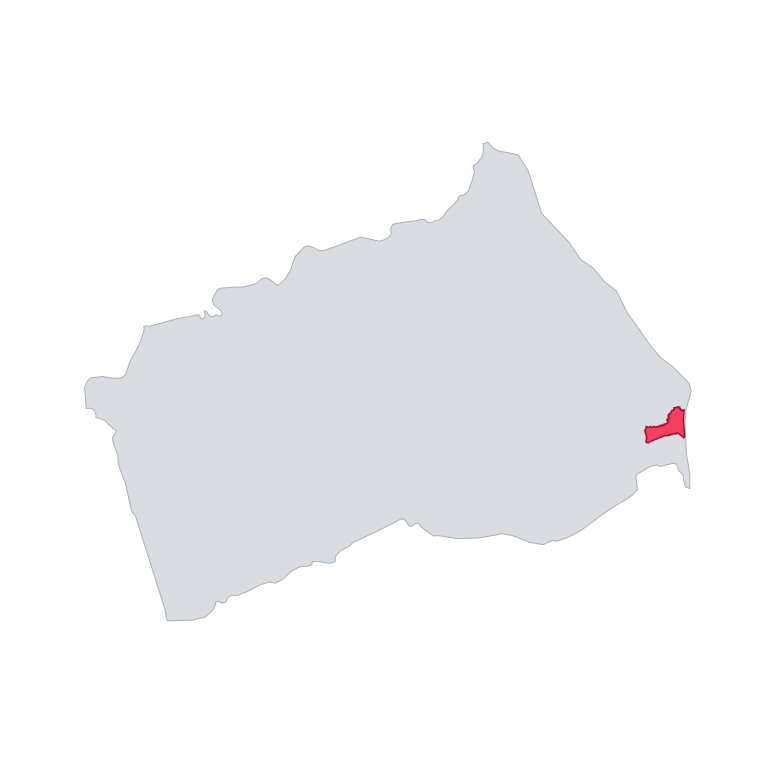 location of Ellembelle, Western, Ghana, rotated 253°
{"feature_id": "2480657B39512912083476", "entity_name": "Ellembelle", "entity_type": "district", "adm_level": 2, "iso_a3": "GHA", "parent_name": "Ghana", "parent_adm1": "Western", "projection": "orthographic", "projection_center": [-2.331, 5.15], "detail": "fine", "context": "in_parent", "style": "filled", "palette": "rose", "viewbox_px": 768, "rotation_deg": 253, "n_neighbors": 0, "source": "geoboundaries", "source_scale": "gbopen_adm2", "svg_char_len": 7114}
<svg xmlns="http://www.w3.org/2000/svg" viewBox="0 0 768 768"><g transform="rotate(253 384 384)"><path d="M468.4,96.7L474.2,102.1L475.5,105.2L473.5,117.0L469.3,125.3L466.7,133.0L467.1,136.9L469.7,140.7L478.5,146.7L483.0,150.7L488.3,156.6L494.4,162.4L504.9,170.0L509.3,171.3L509.1,173.5L507.7,176.4L507.0,204.7L506.2,212.0L505.5,215.7L504.6,226.3L503.5,227.8L501.5,227.7L499.7,228.1L499.3,230.2L500.1,232.4L506.4,233.9L505.0,235.5L500.3,237.0L498.2,240.2L499.2,243.8L496.6,246.7L497.4,248.7L499.0,250.1L501.7,249.6L509.0,244.7L512.1,244.1L515.9,245.1L523.0,252.5L523.3,256.2L520.5,268.7L517.8,278.4L517.4,291.2L520.4,298.4L520.0,302.4L516.8,305.8L509.6,310.8L510.2,314.2L513.6,320.5L519.7,327.5L531.8,336.2L538.2,347.5L538.4,352.1L534.7,356.8L530.4,360.8L529.1,366.6L531.3,404.7L521.9,421.3L521.8,426.0L522.8,431.5L525.3,434.8L530.2,435.7L534.2,438.8L532.9,450.4L530.8,462.3L530.5,468.0L529.4,470.8L525.7,473.0L524.3,476.7L525.3,481.3L524.6,484.7L526.7,489.2L531.0,494.6L538.1,508.3L540.7,509.3L541.9,512.2L541.2,515.0L543.9,521.0L551.7,527.0L559.9,532.2L566.5,533.0L568.1,537.7L572.4,543.7L575.6,546.3L580.6,548.0L584.7,548.9L584.9,553.9L577.6,557.4L572.6,562.7L568.8,570.7L563.6,579.5L545.4,584.2L538.4,584.3L501.0,584.6L466.0,602.0L445.9,608.3L433.5,618.0L416.8,625.0L405.2,633.4L381.0,637.5L341.2,650.7L328.8,656.0L316.2,665.1L295.8,675.9L287.7,675.8L271.7,665.7L259.6,660.7L230.2,653.0L208.2,650.0L197.6,646.7L194.6,646.1L197.1,642.5L203.3,642.3L209.7,643.4L214.6,640.6L221.8,640.3L223.6,637.4L224.2,630.1L224.1,624.3L226.7,621.7L227.3,614.8L223.8,599.5L221.3,597.7L208.5,595.5L207.5,592.5L205.2,589.3L202.8,581.4L200.0,569.7L195.5,555.1L186.9,531.1L184.8,522.7L183.4,514.0L183.1,503.7L184.9,499.9L184.6,494.6L183.8,489.3L189.9,477.1L201.8,462.1L204.3,456.8L206.5,453.0L206.8,447.6L209.0,430.2L214.7,409.2L218.3,401.3L220.7,397.0L223.6,390.0L224.3,386.7L235.3,378.5L240.3,376.3L241.4,373.0L239.7,369.5L240.5,367.1L243.1,365.9L247.1,364.9L250.0,361.5L245.4,335.6L241.7,309.8L241.5,307.6L239.3,304.0L237.1,293.4L233.5,287.1L228.3,285.3L228.4,279.4L233.5,269.5L234.9,263.7L232.4,261.9L232.1,257.4L233.8,250.1L233.0,245.6L232.0,240.8L226.7,229.5L225.4,221.5L228.2,216.8L228.1,206.6L225.2,190.8L224.7,180.9L226.7,176.7L225.8,172.8L221.9,169.0L221.6,165.4L224.9,161.8L224.5,159.1L220.4,157.0L216.7,152.2L213.4,144.5L214.1,132.2L220.3,109.5L221.1,107.6L228.1,107.8L228.1,108.7L249.9,108.5L274.7,108.3L304.4,108.0L331.3,107.7L332.5,106.7L337.0,105.4L364.2,107.7L381.3,106.5L388.5,107.2L393.8,108.8L405.5,107.8L411.8,108.3L416.6,114.0L418.5,113.9L421.1,111.5L425.8,108.8L430.6,106.6L434.0,102.2L436.0,98.8L439.2,99.5L443.6,99.3L446.6,96.4L447.7,92.1L468.4,96.7Z" fill="#d9dde1" stroke="#a8b0b8" stroke-width="1"/><path d="M250.9,619.9L252.0,631.6L252.6,637.5L252.3,637.8L252.0,639.4L251.6,640.6L251.7,640.9L251.6,641.0L251.7,641.3L251.8,641.4L251.8,641.5L251.6,641.6L251.5,641.8L251.5,642.0L251.8,642.3L251.8,642.5L251.9,642.9L251.8,643.1L252.4,643.2L252.4,643.4L252.2,643.6L252.2,643.8L251.8,643.9L251.8,644.0L251.7,644.4L251.5,644.8L251.7,645.1L251.6,645.3L251.7,645.5L251.6,645.8L251.6,646.1L252.0,646.4L250.8,648.3L250.8,649.1L251.6,649.4L251.5,649.7L251.6,649.9L251.6,650.2L251.1,650.7L250.9,650.8L249.5,651.9L248.6,652.5L245.9,654.6L245.7,654.6L245.4,654.6L244.8,654.9L245.0,655.4L245.4,655.6L245.6,655.9L249.3,656.9L255.3,658.2L260.2,659.4L260.7,659.5L260.8,659.5L260.9,659.4L261.0,659.4L261.2,659.6L262.7,660.1L265.4,661.0L269.6,662.7L271.1,663.4L271.4,663.4L271.4,663.1L271.5,662.9L271.4,662.7L271.4,662.4L271.6,662.2L271.4,662.1L271.0,662.2L270.9,662.1L271.0,661.9L271.3,661.7L271.2,661.3L271.3,661.2L271.8,660.9L272.3,660.3L272.4,660.2L273.0,660.3L273.2,660.5L273.4,660.5L273.6,660.4L273.7,660.1L273.7,659.7L274.0,659.6L274.4,659.5L274.7,659.8L274.8,659.8L274.6,659.0L274.8,659.0L275.4,659.4L275.6,659.7L275.8,659.3L276.2,659.0L276.4,658.1L276.3,657.9L276.3,657.6L276.2,657.4L276.0,657.0L276.0,656.8L276.1,656.4L276.1,656.1L276.2,655.9L276.2,655.7L276.3,655.2L276.4,654.9L276.5,654.3L276.3,654.1L275.9,654.2L275.0,653.8L274.6,653.8L274.2,653.5L274.4,653.1L274.4,652.7L274.5,652.2L274.5,651.8L274.3,651.5L274.3,651.2L273.9,651.2L273.7,651.1L273.6,650.8L273.6,650.6L273.5,650.4L273.1,650.2L272.8,649.9L272.6,649.9L272.5,649.7L272.3,649.6L272.2,649.3L272.4,649.3L272.4,649.2L272.4,648.7L272.3,648.3L272.2,648.2L272.1,648.3L272.1,648.2L271.9,648.0L271.6,647.6L271.5,647.2L271.2,647.3L271.3,647.6L271.1,647.7L270.6,647.3L270.5,647.1L270.4,647.0L270.4,646.8L270.5,646.6L270.3,646.6L270.2,646.5L269.5,646.6L269.4,646.2L269.2,646.2L268.9,646.1L268.7,646.1L268.4,646.0L268.2,646.1L268.1,646.3L267.9,646.3L268.1,646.4L268.1,646.5L267.9,646.5L267.7,646.1L267.4,646.0L267.4,645.7L267.5,645.5L267.5,645.4L267.4,645.1L267.7,645.0L267.7,644.9L267.7,644.7L267.6,644.4L267.2,644.2L266.9,644.1L266.7,644.0L266.4,644.2L266.3,644.6L266.0,644.8L266.0,644.6L265.8,644.6L265.7,644.6L265.4,644.6L265.1,644.5L265.1,644.4L264.8,644.3L265.0,644.2L264.9,644.2L264.7,644.0L264.4,644.1L264.2,643.9L263.9,643.8L263.6,643.6L263.6,643.4L263.6,643.2L263.7,642.9L263.7,642.7L263.4,642.4L263.3,642.1L263.6,641.7L263.6,641.4L263.6,641.2L263.4,640.9L263.5,640.8L263.6,640.6L263.5,640.4L263.6,640.2L263.5,639.9L263.1,639.9L263.0,639.7L263.3,639.6L263.1,639.4L262.8,639.6L262.8,639.2L262.6,639.2L262.5,638.8L262.6,638.7L262.8,638.5L262.7,638.5L262.7,638.4L262.8,638.1L262.8,637.9L263.0,637.7L262.9,637.7L262.9,637.8L262.9,637.6L263.0,637.5L263.0,637.3L263.1,637.2L263.2,637.3L263.2,637.2L263.3,637.1L263.3,636.9L263.3,636.7L263.0,636.6L263.0,636.4L263.1,636.2L263.4,636.1L263.5,635.9L263.4,635.8L263.0,635.6L263.2,635.4L263.3,635.3L263.3,635.0L263.2,635.0L263.2,634.7L263.3,634.5L263.2,634.4L263.3,634.1L263.2,634.1L263.1,633.9L263.0,634.0L263.0,633.9L263.0,634.0L262.8,633.9L262.9,633.7L263.0,633.7L263.0,633.4L263.1,633.1L262.9,633.2L263.1,632.1L263.6,630.4L263.9,630.5L264.0,630.3L264.0,629.9L264.2,629.7L264.3,629.8L264.5,629.5L264.7,629.3L264.7,629.1L264.4,628.7L264.4,628.4L264.2,628.0L264.2,627.9L264.2,627.7L264.1,627.2L264.6,626.9L264.4,626.8L264.4,626.6L264.5,626.5L264.5,626.3L264.6,626.1L264.9,626.1L265.0,626.0L265.4,626.1L265.3,625.8L265.1,625.8L265.0,625.5L265.0,625.0L265.1,624.7L265.3,624.4L265.4,624.2L265.7,623.8L265.6,623.7L265.9,623.6L266.1,623.3L266.0,623.1L266.1,622.9L266.2,622.7L266.3,622.5L266.4,622.4L266.1,622.4L266.0,622.2L265.9,622.2L265.8,622.4L265.6,622.5L265.5,622.4L265.3,622.3L265.2,622.1L265.3,622.0L265.3,621.9L264.8,621.6L264.8,621.4L264.6,621.3L264.6,621.1L264.3,620.9L264.2,621.0L264.0,620.8L263.9,620.6L263.7,620.4L263.5,620.0L263.3,619.9L263.2,619.8L262.9,619.9L262.6,619.7L262.4,619.8L262.2,619.8L261.9,620.0L261.7,620.0L261.7,619.9L261.6,619.7L261.2,619.7L260.7,619.7L260.2,619.7L259.8,619.6L259.6,619.8L259.4,619.8L259.1,619.7L258.9,619.7L258.5,619.9L258.2,620.0L257.5,619.7L257.2,619.7L256.9,619.5L256.6,619.4L256.3,619.5L255.9,619.6L255.6,619.4L255.4,619.4L255.2,619.2L254.5,618.8L254.3,618.9L254.2,618.7L253.9,618.6L253.5,618.3L253.3,618.2L253.0,618.1L252.3,617.7L251.4,617.8L251.1,618.1L250.9,618.4L250.9,619.2L250.5,619.7L250.9,619.9Z" fill="#f43f5e" stroke="#9f1239" stroke-width="1.5"/></g></svg>